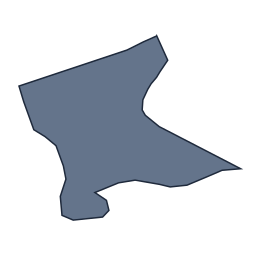 outline of Bupyeong-gu, Incheon, South Korea, rotated 340°
{"feature_id": "91817680B45509654992593", "entity_name": "Bupyeong-gu", "entity_type": "district", "adm_level": 2, "iso_a3": "KOR", "parent_name": "South Korea", "parent_adm1": "Incheon", "projection": "albers", "projection_center": [126.732, 37.486], "detail": "fine", "context": "isolated", "style": "filled", "palette": "slate", "viewbox_px": 256, "rotation_deg": 340, "n_neighbors": 0, "source": "geoboundaries", "source_scale": "gbopen_adm2", "svg_char_len": 577}
<svg xmlns="http://www.w3.org/2000/svg" viewBox="0 0 256 256"><g transform="rotate(340 128 128)"><path d="M219.9,204.8L157.8,137.4L148.6,122.0L147.5,115.9L151.6,106.6L159.8,98.4L164.9,94.3L172.1,90.2L177.2,86.1L188.5,77.9L186.5,51.2L186.4,51.3L172.1,52.3L153.7,54.4L39.9,51.3L39.0,67.7L38.9,97.4L47.1,107.7L54.3,120.0L54.3,141.5L52.2,154.8L41.0,169.1L36.1,187.5L45.0,195.8L73.7,203.0L81.9,198.9L83.0,188.6L74.8,177.3L100.4,176.3L116.8,179.4L138.3,191.7L147.5,197.8L163.9,201.9L184.4,200.9L201.9,199.9L219.9,204.8Z" fill="#64748b" stroke="#1e293b" stroke-width="1.5"/></g></svg>